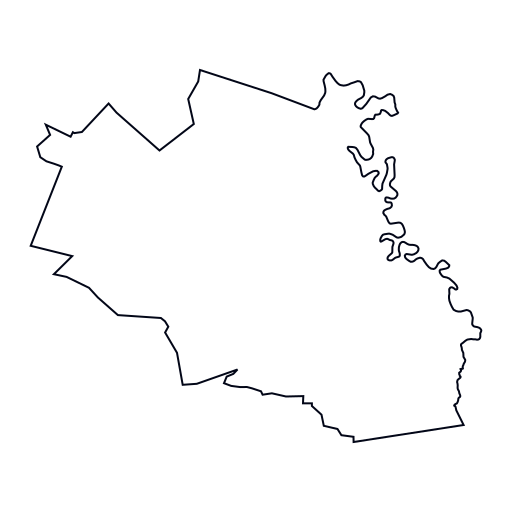 outline of Raxruhá, Alta Verapaz, Guatemala
{"feature_id": "79465075B33979032902189", "entity_name": "Raxruhá", "entity_type": "district", "adm_level": 2, "iso_a3": "GTM", "parent_name": "Guatemala", "parent_adm1": "Alta Verapaz", "projection": "orthographic", "projection_center": [-89.998, 15.891], "detail": "fine", "context": "isolated", "style": "outline", "palette": "ink", "viewbox_px": 512, "rotation_deg": 0, "n_neighbors": 0, "source": "geoboundaries", "source_scale": "gbopen_adm2", "svg_char_len": 6061}
<svg xmlns="http://www.w3.org/2000/svg" viewBox="0 0 512 512"><path d="M353.6,442.0L463.6,425.0L456.3,410.3L455.5,406.7L455.1,406.1L454.4,405.9L454.2,405.5L454.6,404.7L455.4,404.1L456.9,403.4L457.5,402.3L458.1,400.6L458.4,398.4L458.9,397.7L460.0,396.9L460.3,396.1L460.1,395.1L459.3,393.2L459.0,391.5L458.6,390.5L458.0,389.6L457.7,388.6L457.6,387.7L457.7,385.2L457.5,383.6L457.1,382.0L457.5,380.2L458.1,379.5L460.3,377.7L460.6,377.0L460.5,376.5L459.8,376.0L459.6,374.9L459.2,374.2L459.2,372.7L460.5,371.7L461.0,370.9L461.1,370.3L460.5,369.1L461.0,368.9L462.6,368.8L462.9,368.5L462.7,367.2L462.8,366.2L463.5,364.7L463.8,363.6L464.8,362.1L465.2,360.8L465.2,359.8L463.5,356.9L463.3,352.9L461.9,349.8L461.8,348.2L461.5,346.9L461.0,345.6L461.0,344.6L461.3,344.0L463.1,342.7L465.1,341.0L466.7,339.9L467.7,339.5L471.2,339.0L473.2,339.3L475.2,339.3L477.0,339.7L478.1,339.6L479.2,339.1L479.9,338.2L480.3,336.9L480.3,333.1L481.0,331.7L481.3,330.6L481.1,329.7L480.1,328.4L479.0,327.7L477.3,327.1L474.6,326.6L473.6,326.2L472.3,324.6L472.2,323.4L472.7,318.8L472.7,317.5L470.9,312.4L469.8,311.2L468.0,310.3L466.6,310.0L461.0,311.5L458.1,311.5L456.0,311.0L453.6,309.7L451.9,306.8L450.6,304.0L449.4,300.7L449.0,298.1L449.0,295.8L449.4,293.9L449.2,289.2L450.1,287.8L451.1,287.3L452.3,287.4L454.2,288.5L455.1,289.3L456.0,289.6L457.2,289.0L457.4,287.7L456.5,285.5L454.1,282.7L449.4,278.6L446.9,277.5L443.4,276.8L441.9,275.6L440.2,273.2L439.7,271.9L439.7,270.5L440.4,269.7L445.9,268.6L448.0,267.8L449.1,266.5L449.3,265.2L445.8,261.9L444.2,260.7L442.2,260.4L440.1,261.8L438.3,263.3L437.4,264.9L436.5,266.7L435.2,268.3L433.7,269.0L431.1,268.6L428.9,267.2L426.7,264.7L424.1,261.0L423.1,259.2L421.7,258.1L420.0,257.7L417.4,258.5L415.7,259.5L414.3,260.8L412.7,261.6L410.8,261.8L409.1,260.9L406.6,259.1L405.2,257.5L404.8,255.7L405.5,254.5L406.7,254.0L411.9,254.8L413.9,254.3L416.3,253.0L417.7,251.5L418.4,250.0L418.5,248.4L417.7,246.8L416.6,245.9L414.8,245.2L412.9,244.9L411.0,244.9L409.1,244.7L407.4,244.0L405.4,242.7L404.0,242.0L402.7,241.9L401.6,242.2L400.2,243.5L399.5,245.0L398.9,247.2L398.8,249.4L398.9,250.8L399.7,253.3L399.8,254.7L399.8,255.5L399.5,256.2L398.9,256.7L396.0,257.5L395.1,257.9L392.5,259.9L391.4,260.4L389.6,260.4L388.4,260.0L387.7,259.3L387.5,258.4L387.7,257.3L388.7,255.9L391.8,253.2L392.3,252.3L392.4,246.9L393.5,243.6L393.5,242.4L393.0,241.3L392.2,240.6L390.9,240.2L389.8,240.0L388.7,239.4L387.6,238.9L386.5,238.9L385.3,239.2L381.4,241.5L380.7,241.6L380.3,241.1L380.2,239.9L380.6,238.3L381.8,236.1L382.9,234.8L384.3,234.3L388.2,233.7L389.6,233.7L391.2,234.2L392.8,234.8L395.9,236.9L397.0,237.5L398.1,237.7L399.6,237.4L401.4,236.8L404.2,234.4L404.7,233.1L404.9,232.0L404.6,230.3L403.9,228.0L402.9,225.6L402.0,224.1L401.0,223.2L400.0,222.7L398.3,222.6L391.7,223.6L390.7,223.7L389.7,223.4L388.8,222.4L388.0,220.9L386.3,216.8L385.4,215.6L384.4,214.9L383.3,213.0L383.5,211.6L384.1,210.6L385.3,209.8L387.3,208.9L389.2,208.4L390.2,207.9L391.4,206.8L391.9,205.5L391.7,203.7L391.2,202.7L390.3,202.4L388.2,202.4L386.9,202.2L385.9,201.6L385.3,200.6L385.3,198.7L385.7,197.7L386.7,197.4L388.5,197.7L390.5,198.5L391.9,198.7L394.0,198.6L395.6,197.7L396.7,196.3L397.4,195.0L397.4,193.6L397.0,192.4L396.0,191.1L390.6,186.5L390.0,185.5L389.9,184.0L390.4,182.2L390.9,181.3L393.9,178.5L394.5,177.1L394.6,175.0L394.1,164.4L394.7,160.9L394.8,159.8L394.2,158.4L393.5,157.6L392.5,157.2L391.4,157.2L388.1,158.2L386.6,159.2L385.8,160.2L385.5,161.2L385.4,161.9L385.6,162.5L386.9,164.2L387.5,167.5L387.6,168.8L386.9,172.9L386.4,174.7L382.5,183.6L382.2,186.0L382.1,189.0L381.5,189.9L380.3,190.7L379.1,191.2L377.9,190.6L376.7,189.3L374.8,187.5L373.7,186.0L372.8,183.9L372.7,182.6L373.6,180.2L374.7,177.9L375.9,176.6L376.9,175.9L378.2,174.3L378.7,173.3L378.5,172.1L377.2,170.9L375.3,170.9L373.1,171.3L368.4,173.8L365.1,176.1L364.0,176.6L362.9,176.3L362.1,175.2L361.4,172.4L360.3,166.7L359.9,165.5L357.0,162.3L355.6,159.8L354.5,157.4L353.8,154.9L353.0,153.7L349.7,151.1L348.7,150.1L348.1,149.2L347.8,148.4L347.8,147.4L348.3,146.8L352.3,147.0L354.4,147.3L355.9,147.9L357.4,149.7L360.3,155.3L361.5,156.9L364.7,159.6L365.9,159.9L368.1,159.6L369.6,159.1L371.2,157.9L372.2,156.5L373.2,153.9L373.0,151.9L373.3,149.6L372.9,147.9L370.7,143.8L370.1,142.4L369.2,136.9L368.6,135.3L367.0,133.4L360.8,127.1L360.6,126.1L361.1,124.7L361.8,123.4L362.7,122.3L364.4,120.8L366.5,119.4L368.1,118.8L372.0,119.1L373.3,119.0L374.1,118.2L374.8,115.5L375.4,114.7L377.5,114.6L378.9,114.3L380.1,113.7L380.8,111.9L381.1,110.5L381.8,110.0L383.3,110.2L385.2,110.9L388.0,113.1L389.7,114.9L390.6,115.6L391.9,115.9L393.6,115.3L397.5,113.5L398.1,112.7L396.9,110.8L395.8,108.3L395.3,106.7L395.3,104.4L394.6,102.4L394.2,97.6L393.6,96.0L392.1,94.8L390.2,94.0L387.5,94.7L385.2,96.3L382.0,98.1L380.0,98.7L378.4,98.4L375.1,96.6L372.9,96.3L370.8,97.5L366.3,103.9L362.4,108.2L360.8,108.8L358.6,108.1L357.1,107.2L356.0,106.2L355.1,104.7L355.0,103.6L355.3,102.5L356.4,101.1L358.0,99.7L361.4,97.9L362.9,96.7L363.8,95.4L364.3,92.4L364.3,90.7L362.7,85.3L361.0,82.2L359.7,81.4L357.6,81.1L354.0,82.4L350.8,83.4L348.6,84.5L346.0,85.3L343.6,85.6L341.1,85.2L339.5,84.7L337.5,83.1L335.5,80.9L332.4,76.6L330.8,74.0L329.8,73.3L328.6,73.2L326.5,74.9L325.6,76.0L323.5,79.7L323.6,81.3L324.7,85.6L325.3,88.7L325.4,91.4L325.2,92.9L324.1,95.5L320.8,100.1L320.0,101.6L319.5,102.7L319.4,104.6L318.9,105.6L317.7,107.3L316.6,108.4L315.7,108.9L314.4,109.3L271.6,93.2L200.0,70.0L198.2,81.5L188.2,99.0L193.8,124.0L159.5,150.5L116.5,112.6L108.6,103.5L81.9,132.0L74.3,133.1L72.9,132.2L70.6,136.7L45.8,124.7L50.1,134.9L37.1,146.5L40.3,157.2L46.4,161.3L53.9,163.7L58.7,165.4L61.8,166.7L30.7,245.8L72.2,256.1L53.9,274.2L66.6,276.9L89.0,287.8L97.9,297.5L117.9,315.1L160.9,318.0L165.0,321.3L168.3,326.7L165.1,332.5L177.0,352.8L182.7,384.8L196.8,383.8L237.5,369.5L233.3,373.9L226.7,376.6L224.0,383.2L231.2,385.9L240.3,387.1L246.9,387.0L251.9,388.3L261.0,391.3L262.6,394.7L271.9,393.3L286.0,396.5L303.3,396.1L303.0,403.3L311.9,403.3L311.9,406.0L321.5,414.7L323.8,425.8L337.5,429.0L341.4,435.2L353.5,436.8L353.6,442.0Z" fill="none" stroke="#020617" stroke-width="2"/></svg>